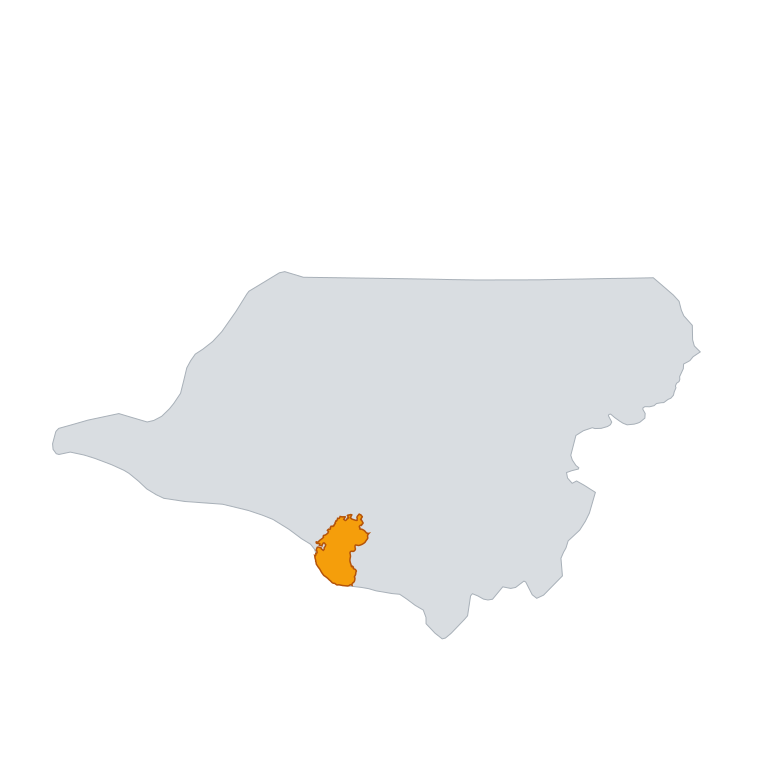 location of Ain Al Arab, Aleppo, Syria, rotated 212°
{"feature_id": "27442178B6640625460328", "entity_name": "Ain Al Arab", "entity_type": "district", "adm_level": 2, "iso_a3": "SYR", "parent_name": "Syria", "parent_adm1": "Aleppo", "projection": "mercator", "projection_center": [38.284, 36.533], "detail": "fine", "context": "in_parent", "style": "filled", "palette": "amber", "viewbox_px": 768, "rotation_deg": 212, "n_neighbors": 0, "source": "geoboundaries", "source_scale": "gbopen_adm2", "svg_char_len": 7241}
<svg xmlns="http://www.w3.org/2000/svg" viewBox="0 0 768 768"><g transform="rotate(212 384 384)"><path d="M140.9,283.2L146.6,283.8L158.9,291.2L160.9,291.0L164.6,281.2L168.2,277.8L175.8,274.9L177.9,259.0L181.4,255.9L185.7,254.3L192.2,254.0L197.9,253.0L198.3,250.2L190.3,231.7L191.0,227.1L194.9,208.4L197.3,201.1L199.6,198.7L208.7,199.7L221.3,203.0L224.7,208.3L230.9,213.1L240.2,212.8L250.9,213.7L259.3,214.0L266.0,210.6L281.1,204.4L288.6,202.3L295.4,199.5L317.2,189.2L326.0,190.0L332.0,191.4L336.6,193.0L346.9,200.0L355.4,207.1L361.4,209.2L372.1,209.1L387.6,210.4L406.6,210.3L417.7,208.3L431.9,204.9L457.2,196.5L490.5,178.9L510.1,170.4L518.6,169.4L529.6,169.3L540.5,171.5L553.0,173.1L558.8,173.0L572.3,171.2L589.8,167.7L600.8,164.8L614.0,160.0L622.3,152.0L625.0,151.2L628.4,152.6L630.0,153.2L633.4,157.7L637.0,169.4L637.0,170.7L636.3,174.0L627.6,183.5L615.9,196.5L607.4,204.7L593.2,218.4L582.6,221.3L564.7,226.3L559.9,231.1L555.4,238.8L552.8,249.4L552.0,256.0L551.6,268.3L555.7,281.0L559.8,293.2L560.3,301.3L559.9,309.3L556.0,317.7L551.8,329.3L549.3,342.4L548.0,366.9L548.0,387.7L547.7,391.1L540.3,405.7L531.7,422.8L527.7,426.7L508.9,431.8L488.3,444.3L465.3,458.2L444.5,470.8L422.6,484.0L399.9,497.7L383.6,507.4L361.9,520.5L342.1,532.9L322.0,545.5L306.8,555.1L283.7,570.2L270.1,579.0L250.2,592.0L232.6,603.3L211.9,616.8L185.9,612.8L177.6,610.5L170.9,604.1L165.9,600.7L153.6,597.1L145.7,585.0L141.0,580.7L132.8,578.8L136.3,571.0L137.0,565.9L140.5,559.7L138.3,555.6L137.2,546.9L135.6,544.7L135.1,542.4L136.3,539.6L135.8,536.7L134.4,535.5L133.7,531.1L132.6,527.9L133.2,524.0L135.0,521.4L136.9,516.5L139.0,515.0L142.5,511.9L143.5,508.7L146.6,505.5L150.8,503.0L151.7,500.9L151.1,499.7L146.9,497.4L144.7,493.3L146.7,487.3L148.0,485.4L150.5,482.6L156.2,478.2L160.6,477.4L164.4,477.4L170.8,477.8L175.8,478.6L177.1,477.4L176.9,476.0L170.7,472.4L170.4,469.5L171.9,466.4L176.3,461.5L181.5,458.0L184.2,457.3L190.1,450.1L194.0,442.1L187.8,422.5L184.0,419.3L178.0,416.6L174.4,416.2L174.1,414.9L178.9,409.9L182.3,405.6L178.5,401.5L171.8,399.5L169.3,403.8L160.7,404.2L147.3,404.1L141.4,383.3L140.5,374.3L140.6,363.8L144.7,348.5L142.8,341.4L142.6,336.6L141.6,330.0L131.0,315.8L136.8,289.5L140.9,283.2Z" fill="#d9dde1" stroke="#a8b0b8" stroke-width="1"/><path d="M317.6,249.4L317.8,249.2L318.0,249.1L318.1,248.9L318.1,248.6L318.3,248.5L318.4,248.4L318.5,248.4L318.7,248.5L319.0,248.7L319.4,248.4L320.0,248.4L320.9,248.7L321.2,248.8L321.5,248.9L321.9,249.0L322.2,249.1L322.7,249.2L323.2,249.2L323.6,249.3L324.1,249.3L324.5,249.2L324.8,249.2L325.3,249.2L326.0,249.0L326.5,248.8L326.6,248.5L327.8,248.3L328.0,249.0L328.5,249.5L328.9,249.5L329.5,250.2L329.3,251.4L328.9,251.9L328.4,252.0L328.5,252.8L328.2,252.9L328.3,253.6L328.1,253.8L328.1,254.0L328.0,254.3L328.0,254.5L328.0,254.8L328.2,255.1L328.3,255.2L328.4,255.3L328.5,255.4L328.8,255.4L329.0,255.5L329.5,255.9L329.8,256.0L330.1,256.2L330.4,256.4L330.8,256.5L331.0,256.5L331.3,256.6L331.5,256.6L331.8,256.6L332.0,256.7L332.0,256.8L332.1,257.0L331.9,257.3L331.7,257.4L331.7,257.5L331.9,257.7L331.9,257.8L332.0,257.9L332.0,258.0L332.1,258.3L332.1,258.6L332.1,258.8L332.0,259.0L332.0,259.3L332.0,259.5L332.0,259.8L332.1,260.0L332.3,260.1L332.5,260.2L333.0,260.2L333.2,260.3L333.4,260.3L333.6,260.4L333.8,260.5L334.0,260.6L334.3,260.8L334.9,260.6L336.1,260.5L336.5,257.8L336.4,257.0L336.4,256.8L336.3,256.6L336.2,256.4L336.0,256.2L335.8,256.1L335.6,256.0L335.5,255.8L335.4,255.7L335.2,255.4L335.2,255.2L334.7,254.3L334.6,254.1L335.1,253.7L336.0,253.3L338.6,252.7L339.4,252.4L339.6,252.5L339.8,252.5L340.1,252.6L340.4,252.7L340.5,252.7L340.9,252.6L341.0,252.6L341.3,252.7L341.4,252.8L341.5,252.9L341.6,253.0L341.7,253.3L341.7,253.5L341.8,254.2L341.9,255.9L342.2,255.9L343.0,255.7L343.9,254.7L344.5,254.3L344.9,253.6L345.3,253.4L345.3,253.2L344.6,253.3L344.5,252.7L343.9,251.9L343.7,251.8L343.3,251.9L343.1,251.8L343.5,250.5L343.9,250.5L343.9,248.6L344.5,247.7L346.4,247.9L346.4,250.6L346.6,250.8L347.3,250.3L349.2,249.1L351.0,248.4L350.7,246.4L352.2,245.5L351.5,244.1L352.1,243.0L351.8,242.7L351.7,242.5L352.2,242.2L351.9,240.2L351.6,240.1L351.3,239.9L351.6,238.9L351.7,238.2L351.6,237.7L351.3,237.5L351.3,237.3L351.7,237.0L351.8,236.8L351.7,236.3L351.8,236.1L352.0,236.1L352.3,236.2L352.5,236.1L352.8,235.9L352.9,235.7L352.9,235.4L353.5,235.3L353.5,233.8L352.7,232.8L352.9,232.0L354.1,231.5L354.5,229.9L353.3,229.5L352.9,229.4L352.6,227.8L353.3,225.8L353.7,224.9L355.0,223.5L354.9,222.7L354.1,222.0L354.4,220.5L355.9,216.8L355.8,216.3L356.5,214.5L357.4,214.5L357.8,214.2L357.7,213.9L357.4,213.9L357.0,214.2L356.9,213.7L357.0,213.3L356.6,213.2L356.4,213.3L355.9,213.5L354.4,214.4L353.8,214.5L353.4,213.0L350.8,213.9L351.2,214.6L351.2,217.1L350.4,217.6L348.2,216.8L347.7,215.0L348.0,213.7L347.1,212.0L347.4,210.7L349.8,211.0L350.2,211.7L353.2,210.9L353.8,210.5L354.1,210.1L353.5,207.1L352.4,206.9L352.1,206.3L351.5,205.8L351.3,205.4L352.0,204.1L351.6,203.8L351.6,203.6L351.4,203.3L351.2,202.6L351.2,202.0L352.0,201.9L351.6,201.5L350.3,199.9L348.6,198.4L347.9,197.3L347.0,196.7L346.1,195.5L345.8,195.3L342.6,193.8L340.4,193.0L337.0,191.1L333.8,189.8L333.1,189.7L331.8,189.7L328.8,189.4L326.8,188.9L325.2,188.7L322.9,188.1L321.9,188.1L321.4,188.2L320.2,188.8L317.9,188.6L317.4,188.7L316.9,189.0L315.8,189.9L312.2,191.2L307.9,193.4L307.0,194.3L306.7,194.8L306.5,195.5L305.7,196.2L304.4,196.4L304.6,196.6L304.8,196.9L304.9,197.1L305.0,197.3L305.1,197.5L305.2,198.0L305.1,198.3L305.1,198.5L305.1,198.8L304.9,199.1L304.8,199.3L304.8,199.5L304.7,199.8L304.6,200.0L304.6,200.5L304.6,200.8L304.6,201.0L304.7,201.3L304.7,201.5L304.8,201.7L304.8,201.9L304.9,202.1L305.0,202.3L305.1,202.6L305.2,202.9L305.4,203.2L305.5,203.5L305.8,203.9L306.0,204.0L306.2,204.3L306.4,204.4L306.5,204.4L306.6,204.5L306.8,204.7L306.8,204.8L306.9,205.0L307.0,205.1L307.0,205.3L307.0,205.5L307.0,206.0L307.0,206.5L307.0,206.8L307.1,207.2L307.2,207.4L307.2,207.6L307.3,207.8L307.4,208.0L307.5,208.2L307.6,208.5L307.8,208.8L307.9,209.0L308.0,209.3L308.1,209.6L308.2,210.0L308.3,210.3L308.3,210.7L308.5,210.8L308.7,211.0L308.9,211.1L309.2,211.2L309.4,211.3L309.6,211.4L309.9,211.5L310.1,211.5L310.4,211.5L310.7,211.5L312.0,211.2L312.6,211.7L312.8,212.4L314.1,212.8L314.4,212.0L315.0,212.1L315.7,212.8L318.5,215.2L318.6,215.4L318.8,215.6L319.0,215.7L319.1,215.9L319.4,216.3L319.7,216.7L319.8,217.0L320.0,217.4L320.2,217.8L320.4,218.3L320.6,218.8L320.7,219.2L320.9,219.7L321.1,220.1L321.4,220.5L321.7,220.9L322.0,221.2L322.3,221.6L322.6,221.9L323.0,222.2L323.3,222.6L323.4,222.8L323.5,222.9L323.5,223.1L323.6,223.4L323.6,223.6L323.6,223.8L323.5,224.0L323.4,224.4L323.3,224.5L323.2,224.7L323.1,224.8L322.9,224.9L322.8,225.0L322.7,225.1L322.4,225.3L322.2,225.3L321.9,225.4L321.8,225.5L321.6,225.6L321.3,225.8L321.2,226.0L321.0,226.3L320.9,226.4L320.8,226.6L320.8,226.8L320.7,227.0L320.6,227.4L320.6,227.6L320.6,227.8L320.6,228.1L320.6,228.3L320.7,228.6L320.8,228.7L320.8,228.9L321.0,229.1L321.1,229.3L321.3,229.4L321.5,229.6L321.8,229.9L322.0,230.1L322.1,230.3L322.3,230.5L322.6,231.0L322.8,231.5L322.9,231.8L322.9,232.0L322.8,232.3L322.7,232.5L320.1,233.5L319.2,234.3L317.8,236.1L316.8,238.0L316.2,239.6L316.2,241.7L316.0,243.6L316.1,244.8L317.3,246.2L317.7,247.0L317.8,248.2L317.6,249.4Z" fill="#f59e0b" stroke="#b45309" stroke-width="1.5"/></g></svg>